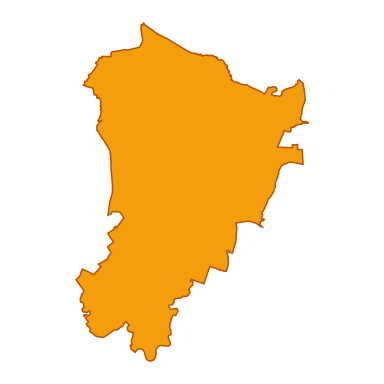 the district of Reghin, Mures, Romania
{"feature_id": "2599482B84925719631969", "entity_name": "Reghin", "entity_type": "district", "adm_level": 2, "iso_a3": "ROU", "parent_name": "Romania", "parent_adm1": "Mures", "projection": "albers", "projection_center": [24.684, 46.767], "detail": "fine", "context": "isolated", "style": "filled", "palette": "amber", "viewbox_px": 384, "rotation_deg": 0, "n_neighbors": 0, "source": "geoboundaries", "source_scale": "gbopen_adm2", "svg_char_len": 5849}
<svg xmlns="http://www.w3.org/2000/svg" viewBox="0 0 384 384"><path d="M156.1,353.5L155.9,350.5L156.2,349.1L158.3,346.4L160.0,345.7L161.8,345.5L164.3,345.9L168.0,346.0L169.4,345.6L170.3,344.5L170.3,342.4L168.5,338.4L168.3,337.1L168.4,336.0L169.3,335.0L170.9,334.8L170.9,331.1L169.9,328.6L169.7,327.3L169.7,325.8L170.1,323.7L171.3,319.0L172.2,317.4L172.6,315.9L173.2,315.4L175.8,315.4L177.7,311.4L177.8,310.5L177.5,309.3L176.1,308.3L172.4,309.1L170.6,309.0L168.8,306.9L168.8,306.1L169.1,305.4L169.9,305.0L171.9,304.8L172.9,304.3L174.1,302.1L174.1,299.7L175.0,298.9L177.3,298.2L180.2,298.2L182.1,297.2L183.2,296.1L185.0,296.6L187.4,295.9L188.8,294.8L189.8,292.7L189.9,291.3L189.8,290.7L188.6,289.7L190.5,287.2L192.8,284.8L192.7,281.0L192.4,280.2L190.6,281.1L191.0,279.2L203.9,283.8L209.8,266.4L218.1,269.1L218.4,269.6L219.0,269.9L221.4,270.1L222.4,270.8L226.1,271.3L227.8,266.8L228.3,263.5L228.2,257.2L227.4,253.7L226.5,251.0L227.7,250.5L228.6,250.8L229.1,251.2L229.0,252.4L229.2,252.6L229.6,252.7L230.3,252.3L232.4,253.2L235.8,241.5L236.3,236.2L236.8,227.4L236.0,222.9L246.6,221.4L250.1,221.4L256.3,223.3L260.7,226.6L262.1,226.9L261.3,226.1L260.3,224.5L260.1,222.0L260.9,221.7L262.0,220.7L263.3,220.7L263.7,220.3L264.2,219.4L263.2,218.9L262.2,219.4L261.6,218.6L261.6,218.1L262.7,214.6L261.8,213.9L261.6,213.4L264.5,208.7L265.0,207.0L265.7,205.3L267.3,202.4L268.0,199.4L269.8,197.8L273.3,192.4L274.1,189.5L274.8,187.6L275.5,186.7L275.4,185.6L275.0,184.9L275.2,182.8L276.0,180.9L276.5,180.6L276.4,180.2L277.9,176.3L277.6,176.0L277.7,175.6L278.6,174.1L278.8,170.8L281.0,166.7L282.2,165.3L289.0,162.3L290.6,162.0L303.1,164.3L302.2,149.7L297.5,149.3L297.6,144.6L292.4,144.8L292.3,147.6L281.7,147.4L277.6,147.0L282.0,136.3L282.8,135.2L283.0,134.1L283.6,133.0L283.6,131.4L284.0,130.6L287.3,131.7L289.9,132.1L290.4,131.7L290.7,130.7L291.2,130.4L290.8,127.5L294.4,127.0L294.5,126.3L295.4,126.1L295.3,125.5L304.4,123.2L308.0,123.2L307.9,122.3L305.6,121.5L302.5,121.9L301.3,119.9L300.0,119.3L301.5,115.1L302.2,108.7L305.2,100.2L304.4,90.9L303.2,84.3L302.7,83.6L302.9,83.4L299.1,79.7L297.6,81.4L297.5,83.1L296.8,84.5L296.0,84.3L295.4,85.5L293.8,86.7L286.2,89.0L284.2,89.8L282.1,91.4L281.5,94.5L280.6,95.8L279.4,96.5L278.1,95.8L274.7,95.9L271.8,94.9L271.7,94.0L272.2,92.8L273.4,92.0L276.0,91.3L277.0,90.0L276.9,88.7L275.8,87.2L275.3,87.0L273.1,86.9L269.4,87.7L268.3,87.3L266.6,91.0L264.3,94.1L260.7,91.5L252.7,88.0L248.8,86.1L247.5,85.0L240.9,84.2L239.1,83.1L237.6,82.6L236.9,81.9L236.2,82.3L234.9,82.4L232.4,80.1L231.4,80.2L231.2,79.7L231.6,78.0L231.1,76.7L231.3,75.9L230.1,75.8L230.7,75.2L230.6,74.7L229.2,73.7L228.9,72.9L228.9,72.4L229.4,71.8L229.4,71.1L227.7,69.9L227.5,69.5L227.8,68.6L226.2,67.4L226.3,67.1L227.4,66.8L227.4,66.2L226.7,65.3L225.4,64.4L223.9,61.5L223.0,60.6L221.2,59.7L219.0,60.0L218.0,59.7L217.6,59.4L217.6,58.9L217.0,58.4L217.6,58.2L217.2,57.2L216.7,57.1L216.1,57.6L215.3,56.7L214.3,56.8L213.4,55.7L212.3,55.8L211.8,55.3L211.1,55.3L210.3,55.9L209.9,55.5L209.0,55.7L208.7,55.3L207.3,55.3L206.6,54.7L205.7,55.4L203.0,55.5L202.8,56.0L202.1,56.1L201.8,56.0L202.1,55.5L201.9,55.1L201.4,55.1L201.1,54.6L200.7,54.7L200.4,54.2L199.6,54.8L199.4,54.4L198.1,54.6L197.6,54.0L196.1,53.8L195.9,53.4L194.8,53.9L194.1,53.2L191.4,53.0L184.3,49.1L167.5,38.9L157.5,33.8L145.8,25.6L144.7,24.6L143.7,23.1L143.4,23.0L142.4,25.1L141.2,24.9L141.1,27.2L140.9,28.4L141.6,34.1L142.8,40.6L139.5,47.2L128.1,50.0L127.3,50.1L124.5,49.5L119.3,50.8L112.2,51.8L111.2,52.6L110.8,56.6L102.0,56.4L101.8,57.9L101.4,58.3L100.2,57.5L99.2,58.0L98.8,59.3L97.9,61.2L95.7,62.7L95.9,63.6L97.6,64.3L97.0,65.9L95.5,67.1L94.4,69.5L92.8,71.2L91.6,73.1L89.9,74.3L89.2,74.3L88.5,74.8L88.5,75.7L89.1,76.7L89.3,77.6L87.4,79.0L86.9,81.0L86.5,81.3L84.9,81.3L84.6,81.7L84.8,83.9L83.4,85.2L86.4,86.2L86.4,86.5L92.7,88.1L93.4,90.2L94.2,94.9L96.8,94.9L96.7,97.2L97.0,98.1L97.5,98.5L98.7,97.8L99.1,98.0L99.8,98.9L100.7,101.0L101.1,102.3L100.4,103.4L100.9,104.2L100.9,105.0L100.5,105.1L100.2,106.1L101.0,106.8L101.3,107.8L100.6,108.5L100.5,110.0L101.6,110.8L101.1,112.0L100.6,115.1L99.4,118.3L98.0,120.4L98.1,121.1L98.7,121.2L102.1,120.5L100.4,121.5L99.0,122.7L97.3,125.3L96.9,126.9L97.0,128.9L96.9,130.5L99.1,132.5L99.5,134.2L100.7,135.9L101.6,137.9L102.1,138.0L106.4,144.5L109.0,148.9L109.6,150.1L110.1,151.8L110.8,158.8L111.2,170.1L112.4,184.4L112.5,191.5L112.2,193.7L110.5,198.8L109.2,205.7L108.2,214.1L107.9,215.2L111.4,213.7L112.2,211.6L119.9,212.0L123.9,217.9L116.8,227.4L115.8,226.3L115.5,226.5L114.1,227.5L114.9,228.6L107.8,233.3L111.0,238.7L113.7,241.8L107.5,247.0L111.2,252.7L108.5,256.3L107.0,259.8L106.3,259.6L100.7,263.1L98.4,264.1L101.2,266.5L97.2,270.7L97.3,271.1L96.2,271.8L94.1,274.5L91.8,274.0L90.3,272.7L82.5,269.1L81.3,271.4L80.6,273.9L79.7,276.1L78.6,277.5L76.0,279.8L83.6,290.2L83.7,290.7L83.6,292.4L83.0,293.2L81.9,293.8L81.5,294.5L81.4,295.2L81.8,295.3L81.8,295.6L80.5,297.8L80.2,299.7L80.7,302.0L81.3,302.4L82.6,302.2L83.2,303.2L83.6,304.8L83.8,307.7L82.2,308.6L82.0,309.4L82.7,311.4L83.6,312.0L87.3,312.3L87.8,312.1L88.7,310.8L89.1,310.7L89.5,311.1L90.2,313.0L90.2,313.9L88.3,315.8L87.3,316.1L86.7,314.8L85.3,314.6L84.1,314.7L83.8,315.1L83.8,315.8L85.5,317.7L86.8,320.1L88.5,321.6L88.5,322.1L87.0,323.2L86.6,323.7L86.5,324.3L87.0,325.4L89.4,327.4L90.0,328.4L90.3,330.1L89.8,331.6L90.6,332.4L92.5,332.9L93.3,334.1L94.9,335.6L96.9,336.5L103.0,337.5L104.8,336.6L114.0,330.2L117.8,329.6L121.1,326.8L122.7,326.2L124.7,322.9L125.8,321.7L129.1,324.9L127.3,327.3L127.3,328.6L128.0,330.9L128.8,331.5L130.3,332.1L132.6,332.3L132.8,333.0L133.0,334.7L132.8,336.6L131.3,340.2L131.3,341.2L132.1,344.5L131.7,345.0L130.2,345.3L131.3,349.4L131.5,349.4L135.1,352.3L137.3,349.6L138.5,349.0L140.0,348.9L141.7,349.2L143.3,350.2L144.3,352.0L145.9,358.0L146.8,359.5L148.8,360.9L151.2,361.0L153.2,360.2L154.8,358.6L155.6,356.9L156.1,353.5Z" fill="#f59e0b" stroke="#b45309" stroke-width="1.5"/></svg>